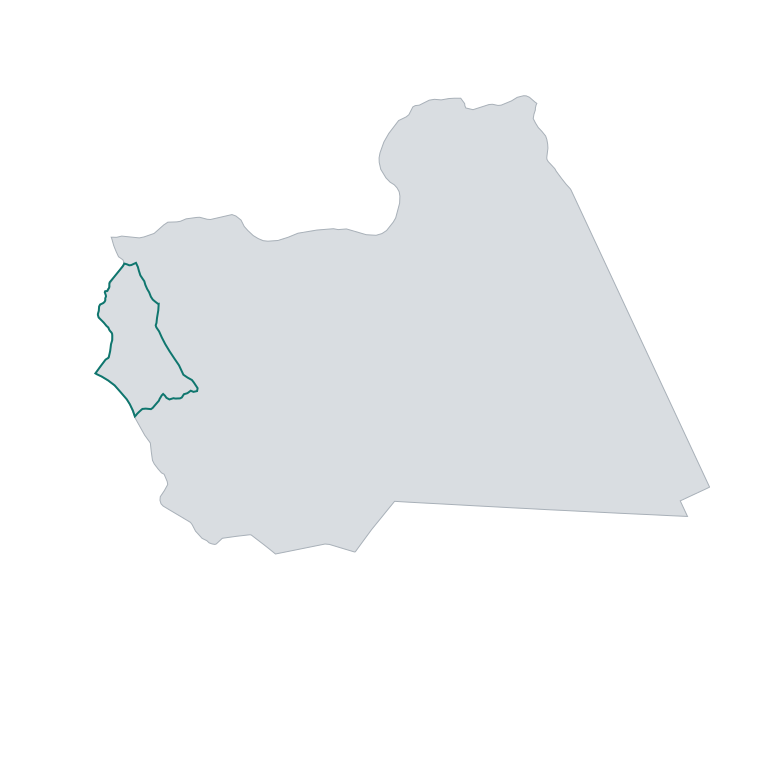 Ghadamis on a map of Libya (Mercator projection), rotated 335°
{"feature_id": "LBY-2882", "entity_name": "Ghadamis", "entity_type": "Municipality", "adm_level": 1, "iso_a3": "LBY", "parent_name": "Libya", "parent_adm1": "", "projection": "mercator", "projection_center": [10.859, 30.473], "detail": "fine", "context": "in_parent", "style": "outline", "palette": "teal", "viewbox_px": 768, "rotation_deg": 335, "n_neighbors": 0, "source": "natural_earth", "source_scale": "10m", "svg_char_len": 4752}
<svg xmlns="http://www.w3.org/2000/svg" viewBox="0 0 768 768"><g transform="rotate(335 384 384)"><path d="M134.5,248.2L138.3,246.2L143.8,243.9L146.7,242.2L147.9,240.8L152.0,235.0L154.1,231.8L157.1,227.3L158.4,224.3L158.4,221.4L158.0,217.9L155.7,209.6L153.8,201.6L155.2,198.5L156.4,197.0L159.0,193.2L160.0,192.4L165.5,191.2L167.7,188.7L169.4,185.5L169.8,183.8L172.2,182.1L175.1,180.3L176.8,178.1L182.6,174.5L187.9,171.3L194.1,167.9L198.8,165.3L199.8,163.0L199.8,161.0L197.2,156.5L197.2,151.1L197.4,146.7L197.6,144.0L198.8,136.7L198.8,135.7L203.8,138.1L208.8,139.1L224.0,148.2L228.7,149.3L239.3,150.4L251.8,146.7L256.5,146.0L264.7,149.5L268.3,150.5L274.4,150.7L284.7,153.9L287.4,155.0L293.4,160.0L296.3,161.6L317.8,166.2L320.8,169.2L323.7,175.0L323.9,182.2L325.5,187.5L328.2,194.2L331.4,199.0L335.0,203.0L339.1,205.5L348.5,209.1L359.1,210.5L369.8,211.0L388.2,216.1L403.8,221.9L407.7,224.7L415.5,227.6L431.0,241.2L439.7,245.9L445.7,246.8L451.2,246.0L460.8,241.2L464.8,238.4L474.6,226.7L477.8,220.5L479.0,216.2L478.7,211.7L477.5,207.8L474.8,203.6L472.9,198.1L471.8,188.1L473.3,181.2L475.1,177.0L478.1,172.8L486.2,164.6L494.3,158.9L508.6,151.4L516.9,151.3L520.3,150.5L527.2,145.1L529.9,144.9L533.8,146.2L545.0,145.9L550.0,147.3L555.9,150.7L563.4,152.7L568.7,154.8L574.3,157.4L575.6,164.0L574.9,165.9L574.8,168.4L580.6,173.0L597.2,175.1L600.5,176.3L605.0,179.7L608.0,180.8L619.3,181.3L625.9,180.5L632.2,181.7L634.6,182.9L637.0,185.6L639.9,192.1L641.1,194.3L639.8,195.4L638.0,197.6L636.9,199.7L633.9,202.9L631.4,206.5L631.6,211.6L632.2,216.8L633.9,221.9L635.3,227.6L634.9,231.3L633.7,235.8L632.2,239.6L627.3,247.4L626.6,249.2L626.8,251.8L629.8,261.0L630.0,263.9L631.8,272.8L633.5,280.0L635.3,285.7L635.5,287.3L635.5,295.6L635.5,303.9L635.5,312.2L635.5,320.4L635.5,328.7L635.5,336.9L635.5,345.2L635.5,353.4L635.5,361.6L635.5,369.7L635.5,377.9L635.5,386.0L635.5,394.1L635.5,402.3L635.5,410.3L635.5,418.4L635.5,426.5L635.5,434.5L635.5,442.6L635.5,450.6L635.5,458.6L635.5,466.6L635.5,474.5L635.5,482.5L635.5,490.5L635.5,498.4L635.5,506.3L635.5,514.2L635.5,522.1L635.5,530.0L635.5,537.9L635.5,545.7L635.5,563.1L635.5,580.4L635.5,597.7L635.5,614.9L635.4,615.0L635.2,615.1L627.1,615.1L619.1,615.1L611.1,615.1L603.1,615.1L603.1,619.4L603.1,623.7L603.1,628.0L603.1,632.3L587.6,624.2L572.1,616.0L556.6,607.9L541.0,599.7L525.5,591.5L510.0,583.3L494.5,575.1L478.9,566.9L463.4,558.6L447.9,550.4L432.4,542.1L416.8,533.8L401.3,525.5L385.8,517.2L370.2,508.9L354.7,500.6L344.0,494.8L332.4,500.4L323.4,504.8L311.4,510.6L297.7,518.1L287.2,523.9L286.7,523.9L286.2,523.7L275.2,513.9L266.7,506.3L262.9,504.1L246.8,500.2L230.7,496.3L213.8,492.2L210.8,486.0L207.3,479.0L202.7,470.2L199.9,464.8L198.9,464.0L186.0,459.7L172.3,455.5L164.3,458.1L162.9,457.9L160.6,456.3L158.4,454.1L157.2,451.1L153.9,447.0L151.0,437.7L150.7,430.3L150.1,427.6L143.0,417.1L136.5,407.6L132.2,401.2L131.3,398.3L131.8,394.8L133.6,391.6L139.9,387.8L145.5,383.7L146.3,380.8L146.6,372.9L144.8,370.5L143.4,365.8L142.0,359.4L141.9,355.4L144.4,347.2L147.3,338.7L145.5,329.3L144.1,310.3L145.0,295.2L144.3,289.7L143.8,287.4L141.8,280.3L139.5,272.9L138.4,270.3L135.4,264.4L130.3,257.0L127.7,252.4L131.3,250.0L134.5,248.2Z" fill="#d9dde1" stroke="#a8b0b8" stroke-width="1"/><path d="M172.2,182.8L172.9,182.6L173.9,181.7L175.1,181.0L176.2,179.9L177.5,176.9L178.4,175.9L188.4,171.1L196.9,167.0L199.1,165.5L199.5,165.1L199.8,165.3L201.7,167.0L203.3,168.8L205.2,169.4L210.4,169.4L210.4,173.9L209.7,177.8L209.1,182.6L209.7,186.7L210.2,189.5L209.6,193.3L209.5,197.8L209.9,201.6L209.6,206.4L210.1,209.8L211.5,212.8L213.1,215.9L213.7,216.1L210.6,221.8L206.2,228.2L203.6,232.5L201.9,234.3L201.6,236.4L202.4,241.3L202.3,247.9L202.6,255.5L203.5,263.8L204.8,272.5L206.1,280.4L206.1,290.8L208.7,295.2L211.6,299.2L212.3,302.3L213.3,309.0L212.7,309.9L211.6,311.4L208.0,310.6L206.0,308.4L202.7,309.1L201.5,309.2L198.4,308.7L197.2,309.4L195.0,310.8L193.0,310.8L188.7,309.0L187.2,307.9L183.0,307.3L181.0,304.6L180.5,301.9L179.6,299.7L177.7,300.4L175.4,302.0L174.7,302.4L172.9,304.0L170.0,305.3L167.1,306.6L164.3,307.9L162.2,308.3L157.6,305.6L154.5,304.5L153.0,304.9L150.1,305.8L147.6,306.7L145.9,307.6L144.5,308.1L145.2,301.9L145.1,294.9L144.4,289.2L141.9,280.3L139.3,271.4L135.5,264.2L131.3,257.9L129.6,255.9L127.7,253.6L126.9,252.4L134.5,248.2L141.8,244.3L142.7,244.1L145.1,243.9L145.9,243.4L149.9,238.2L153.3,232.7L156.3,229.3L158.3,225.1L158.8,223.6L158.8,222.3L158.0,219.7L157.9,218.3L158.0,216.9L158.0,216.2L157.0,214.0L156.0,210.0L153.6,203.5L153.5,202.9L153.9,200.4L154.4,199.5L156.4,197.2L158.6,193.3L160.3,192.0L163.9,192.0L165.7,191.3L166.2,190.9L166.7,190.4L167.1,189.8L167.6,188.5L169.0,187.2L169.4,186.0L169.7,182.9L170.4,182.1L171.0,182.2L171.6,182.5L172.2,182.8Z" fill="none" stroke="#0f766e" stroke-width="2"/></g></svg>